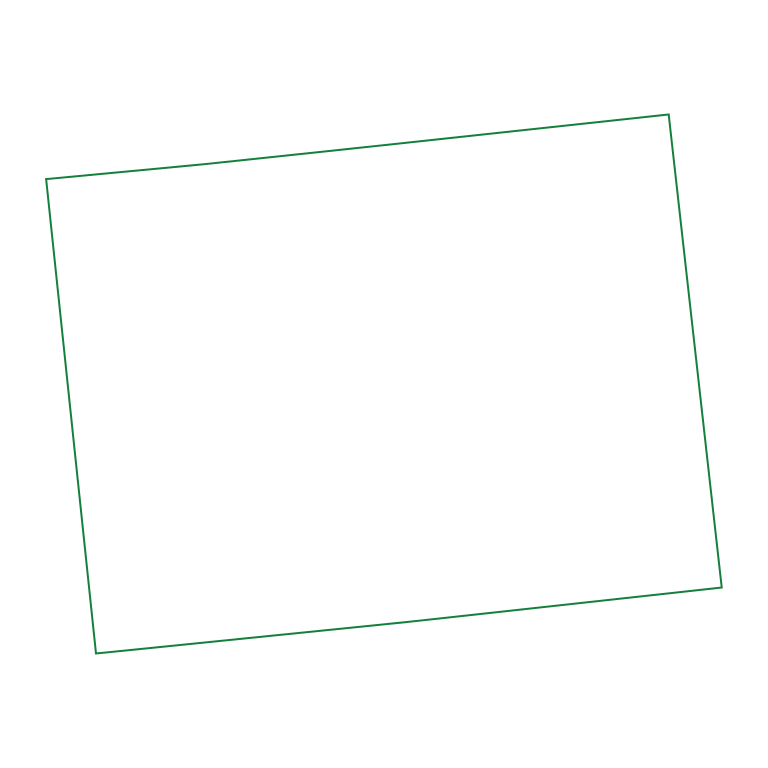 Lucas, Iowa, United States of America, rotated 354°
{"feature_id": "52423323B52818697562643", "entity_name": "Lucas", "entity_type": "district", "adm_level": 2, "iso_a3": "USA", "parent_name": "United States of America", "parent_adm1": "Iowa", "projection": "albers", "projection_center": [-93.313, 41.03], "detail": "fine", "context": "isolated", "style": "outline", "palette": "green", "viewbox_px": 768, "rotation_deg": 354, "n_neighbors": 0, "source": "geoboundaries", "source_scale": "gbopen_adm2", "svg_char_len": 260}
<svg xmlns="http://www.w3.org/2000/svg" viewBox="0 0 768 768"><g transform="rotate(354 384 384)"><path d="M698.6,621.7L695.3,145.7L383.0,146.5L227.5,146.6L69.4,144.9L69.4,621.9L383.5,623.1L698.6,621.7Z" fill="none" stroke="#15803d" stroke-width="2"/></g></svg>